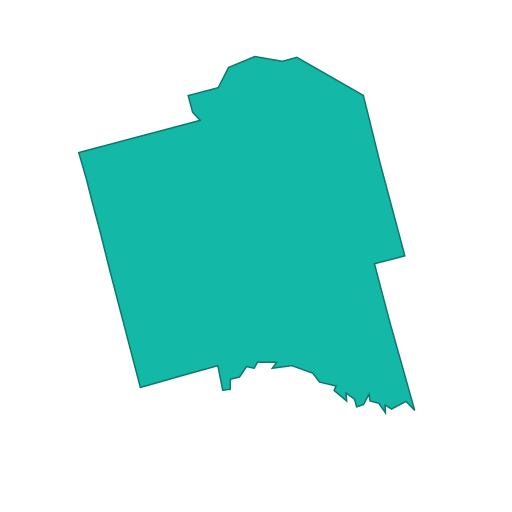 Independence, Arkansas, United States of America (Natural Earth projection), rotated 74°
{"feature_id": "52423323B87068688197244", "entity_name": "Independence", "entity_type": "district", "adm_level": 2, "iso_a3": "USA", "parent_name": "United States of America", "parent_adm1": "Arkansas", "projection": "natural_earth1", "projection_center": [-91.46, 35.735], "detail": "fine", "context": "isolated", "style": "filled", "palette": "teal", "viewbox_px": 512, "rotation_deg": 74, "n_neighbors": 0, "source": "geoboundaries", "source_scale": "gbopen_adm2", "svg_char_len": 764}
<svg xmlns="http://www.w3.org/2000/svg" viewBox="0 0 512 512"><g transform="rotate(74 256 256)"><path d="M107.7,397.9L135.7,397.8L156.5,398.5L191.2,399.2L229.0,400.5L350.5,403.4L350.6,360.2L350.9,322.9L375.9,325.0L377.0,317.5L367.4,314.5L367.8,305.2L359.7,295.5L363.4,288.7L358.5,283.8L363.9,265.5L368.4,271.3L371.3,251.7L384.3,233.7L394.7,229.7L403.0,214.9L406.8,218.0L420.4,208.8L412.6,207.2L420.6,200.8L428.8,200.8L428.4,193.6L420.1,185.5L426.8,186.3L431.4,178.6L442.4,174.8L434.9,172.9L440.5,167.9L437.1,151.9L448.1,146.0L357.5,145.6L296.1,144.3L296.9,112.9L199.9,111.1L155.6,109.4L131.2,108.6L76.3,162.0L76.1,177.0L63.9,202.2L67.2,230.4L83.8,245.9L83.1,277.0L100.4,277.3L110.2,272.2L107.7,397.9Z" fill="#14b8a6" stroke="#0f766e" stroke-width="1.5"/></g></svg>